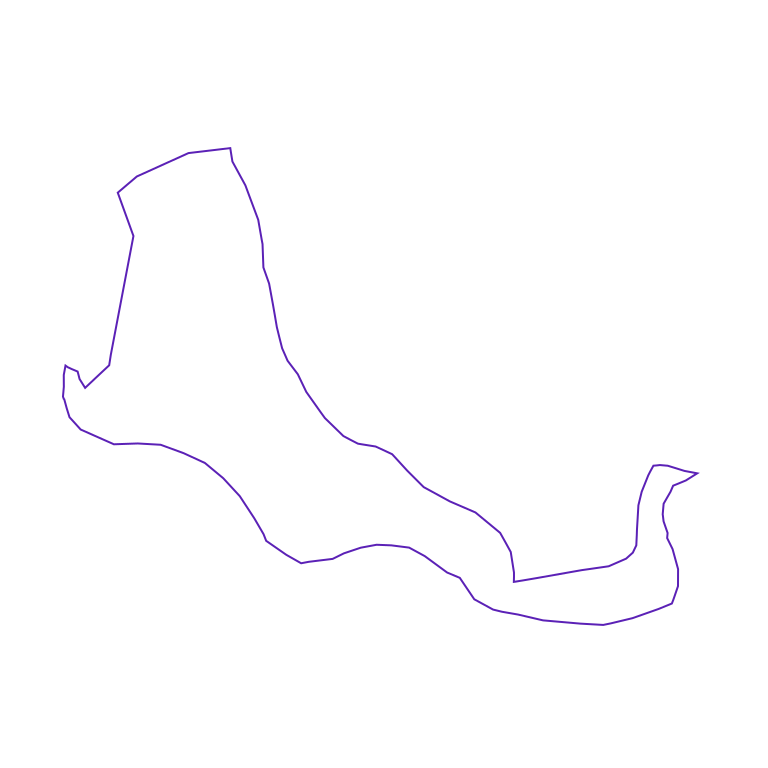 outline of Caico/Millet, Anse-la-Raye, Saint Lucia, rotated 95°
{"feature_id": "8701671B86605125061107", "entity_name": "Caico/Millet", "entity_type": "district", "adm_level": 2, "iso_a3": "LCA", "parent_name": "Saint Lucia", "parent_adm1": "Anse-la-Raye", "projection": "robinson", "projection_center": [-60.992, 13.921], "detail": "fine", "context": "isolated", "style": "outline", "palette": "violet", "viewbox_px": 768, "rotation_deg": 95, "n_neighbors": 0, "source": "geoboundaries", "source_scale": "gbopen_adm2", "svg_char_len": 1916}
<svg xmlns="http://www.w3.org/2000/svg" viewBox="0 0 768 768"><g transform="rotate(95 384 384)"><path d="M467.6,647.9L464.7,624.1L464.0,601.2L470.4,577.5L478.3,555.5L491.9,535.9L508.3,517.9L529.1,501.5L544.1,490.9L550.5,487.7L562.7,466.4L569.8,450.9L567.7,443.5L562.7,419.9L556.2,409.2L549.1,392.9L544.8,377.4L544.1,362.7L544.8,344.7L551.9,328.4L566.3,304.7L570.5,291.6L590.6,275.3L599.2,255.7L600.6,246.7L602.0,230.3L605.6,205.0L605.6,167.4L604.9,144.6L602.7,137.2L595.6,116.0L584.1,90.7L577.6,78.1L574.2,77.1L570.7,76.2L559.8,73.5L550.1,74.3L542.8,74.9L523.4,82.1L522.2,82.8L512.8,88.5L507.7,88.5L496.5,93.5L490.8,94.7L489.6,95.0L478.9,95.0L472.6,92.1L466.4,89.2L460.1,87.1L457.6,82.2L453.8,74.9L445.7,64.2L445.4,67.0L444.4,77.1L442.6,85.3L440.7,94.2L440.7,102.1L441.4,105.5L441.9,108.5L448.3,111.3L452.0,112.8L468.9,117.9L482.7,120.0L485.8,119.9L507.1,119.3L512.6,119.0L522.8,118.6L527.3,120.3L530.3,121.4L536.9,127.6L546.0,144.3L550.5,163.5L552.2,170.8L554.2,178.3L564.1,215.2L567.7,229.0L569.8,237.4L564.8,237.7L560.4,238.1L540.3,243.1L531.9,248.7L522.2,255.3L504.0,281.7L495.2,308.2L485.2,331.0L483.3,335.4L481.9,337.1L468.3,353.3L455.1,367.7L453.2,369.8L447.0,386.9L446.0,401.1L445.7,404.8L442.5,412.6L439.4,419.9L423.1,439.9L417.9,444.4L398.7,460.7L381.8,470.7L375.4,476.5L369.2,482.1L364.4,484.7L357.3,488.6L346.4,492.4L336.7,495.7L325.6,498.6L314.7,501.5L294.0,507.2L278.4,514.3L255.2,517.2L251.3,518.3L231.4,523.6L207.9,534.8L198.2,539.4L175.6,554.4L166.1,556.8L162.4,557.7L165.8,573.9L171.0,598.9L183.1,620.4L198.8,648.3L216.6,665.9L258.4,646.5L378.7,658.7L389.3,659.4L402.9,671.6L413.9,681.4L405.6,687.7L401.9,689.0L398.3,690.3L397.0,694.3L396.3,696.5L395.4,698.9L394.9,700.4L393.4,702.9L402.9,703.8L414.7,702.7L424.6,702.7L425.6,702.2L426.7,701.8L427.1,701.2L436.0,697.9L444.5,694.4L455.8,682.2L460.5,668.5L465.5,653.9L467.1,649.2L467.6,647.9Z" fill="none" stroke="#5b21b6" stroke-width="2"/></g></svg>